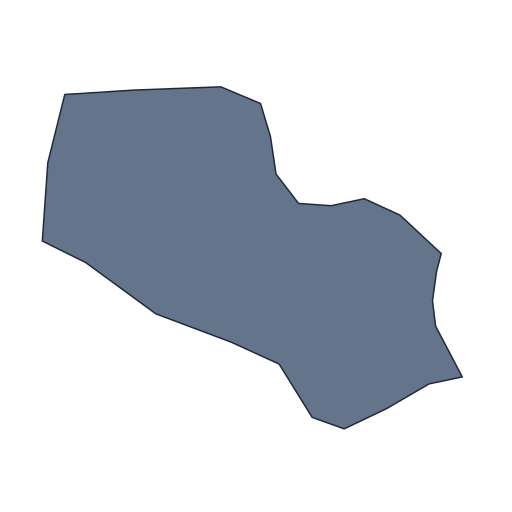 SVG path tracing the border of Bushenyi, rotated 184°
{"feature_id": "UGA-3366", "entity_name": "Bushenyi", "entity_type": "District", "adm_level": 1, "iso_a3": "UGA", "parent_name": "Uganda", "parent_adm1": "", "projection": "robinson", "projection_center": [30.086, -0.492], "detail": "fine", "context": "isolated", "style": "filled", "palette": "slate", "viewbox_px": 512, "rotation_deg": 184, "n_neighbors": 0, "source": "natural_earth", "source_scale": "10m", "svg_char_len": 474}
<svg xmlns="http://www.w3.org/2000/svg" viewBox="0 0 512 512"><g transform="rotate(184 256 256)"><path d="M71.4,271.3L74.8,253.3L76.8,223.6L71.9,198.5L41.8,149.8L74.4,140.5L115.2,112.8L156.0,89.7L188.7,98.9L225.4,149.8L274.4,168.2L351.9,191.3L425.3,237.5L470.2,256.0L470.2,334.5L458.0,403.8L388.6,413.1L302.9,422.3L262.1,408.4L249.9,376.1L241.7,339.1L217.2,311.4L184.6,311.4L152.0,320.7L115.2,306.8L71.4,271.3Z" fill="#64748b" stroke="#1e293b" stroke-width="1.5"/></g></svg>